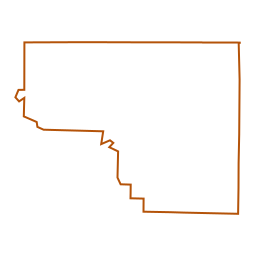 Carroll, Arkansas, United States of America (Robinson projection)
{"feature_id": "52423323B66141902431391", "entity_name": "Carroll", "entity_type": "district", "adm_level": 2, "iso_a3": "USA", "parent_name": "United States of America", "parent_adm1": "Arkansas", "projection": "robinson", "projection_center": [-93.593, 36.31], "detail": "fine", "context": "isolated", "style": "outline", "palette": "amber", "viewbox_px": 256, "rotation_deg": 0, "n_neighbors": 0, "source": "geoboundaries", "source_scale": "gbopen_adm2", "svg_char_len": 641}
<svg xmlns="http://www.w3.org/2000/svg" viewBox="0 0 256 256"><path d="M130.9,42.3L95.1,42.2L87.2,42.2L83.5,42.2L80.2,42.2L76.9,42.2L76.7,42.2L24.4,42.4L24.3,89.8L18.5,89.9L15.4,97.3L19.1,101.4L24.3,97.9L23.8,116.4L36.7,122.0L37.4,126.9L43.6,129.7L103.2,131.3L101.2,144.1L110.0,140.3L113.3,142.9L109.3,147.2L118.1,151.4L117.5,177.6L120.6,184.3L130.7,184.6L130.6,193.5L130.5,198.3L143.6,198.6L143.5,211.7L170.5,212.2L183.8,212.6L238.1,213.8L238.5,187.8L238.6,163.4L239.2,134.3L239.6,79.4L238.7,43.2L240.6,42.6L232.4,42.5L202.4,42.5L201.9,42.4L190.3,42.4L159.9,42.3L157.3,42.3L130.9,42.3Z" fill="none" stroke="#b45309" stroke-width="2"/></svg>